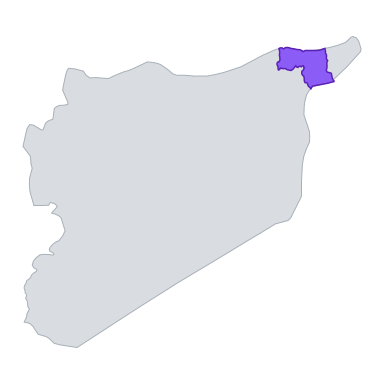 Quamishli, Hasaka (Al Haksa), Syria shown in context
{"feature_id": "27442178B53577550578456", "entity_name": "Quamishli", "entity_type": "district", "adm_level": 2, "iso_a3": "SYR", "parent_name": "Syria", "parent_adm1": "Hasaka (Al Haksa)", "projection": "mercator", "projection_center": [41.203, 36.804], "detail": "fine", "context": "in_parent", "style": "filled", "palette": "violet", "viewbox_px": 384, "rotation_deg": 0, "n_neighbors": 0, "source": "geoboundaries", "source_scale": "gbopen_adm2", "svg_char_len": 4273}
<svg xmlns="http://www.w3.org/2000/svg" viewBox="0 0 384 384"><path d="M29.6,124.6L33.4,125.1L41.6,130.0L43.0,129.9L45.5,123.3L47.9,121.1L52.9,119.1L54.3,108.5L56.7,106.5L59.6,105.4L63.9,105.2L67.7,104.5L68.0,102.6L62.7,90.3L63.1,87.2L65.7,74.7L67.3,69.9L68.9,68.3L74.9,68.9L83.4,71.1L85.6,74.7L89.7,77.9L96.0,77.6L103.1,78.2L108.7,78.5L113.2,76.2L123.3,72.0L128.3,70.6L132.8,68.8L147.4,61.9L153.3,62.5L157.3,63.4L160.3,64.4L167.2,69.1L172.9,73.9L176.9,75.3L184.0,75.2L194.4,76.1L207.1,76.0L214.5,74.7L224.0,72.4L240.9,66.8L263.2,55.0L276.2,49.3L281.9,48.7L289.2,48.6L296.6,50.1L304.9,51.2L308.7,51.1L317.7,49.9L329.4,47.5L336.8,45.6L345.6,42.4L351.2,37.1L352.9,36.5L355.2,37.5L356.3,37.8L358.6,40.9L361.0,48.6L361.0,49.5L360.5,51.7L354.7,58.1L346.9,66.8L341.2,72.2L331.7,81.4L324.6,83.4L312.7,86.7L309.5,89.9L306.5,95.0L304.7,102.1L304.2,106.5L303.9,114.7L306.7,123.2L309.4,131.4L309.7,136.8L309.5,142.1L306.9,147.7L304.0,155.5L302.4,164.2L301.5,180.6L301.5,194.5L301.3,196.7L296.4,206.5L290.7,217.9L288.0,220.5L275.4,223.9L261.7,232.3L246.3,241.5L232.4,250.0L217.8,258.8L202.6,267.9L191.7,274.4L177.2,283.1L164.0,291.5L150.6,299.9L140.5,306.3L125.0,316.3L115.9,322.2L102.6,330.9L90.9,338.5L77.0,347.5L59.7,344.8L54.2,343.3L49.7,339.0L46.4,336.7L38.2,334.3L32.9,326.3L29.7,323.4L24.2,322.1L26.6,316.9L27.0,313.5L29.4,309.3L27.9,306.6L27.2,300.8L26.1,299.3L25.7,297.8L26.6,295.9L26.2,294.0L25.3,293.2L24.9,290.3L24.1,288.1L24.5,285.5L25.7,283.8L26.9,280.5L28.4,279.5L30.7,277.4L31.3,275.3L33.4,273.2L36.3,271.5L36.9,270.1L36.5,269.3L33.7,267.7L32.2,265.0L33.5,261.0L34.4,259.8L36.1,257.8L39.8,254.9L42.8,254.4L45.3,254.4L49.6,254.6L53.0,255.2L53.8,254.4L53.7,253.4L49.6,251.0L49.3,249.1L50.4,247.0L53.3,243.8L56.8,241.4L58.6,241.0L62.5,236.2L65.1,230.8L61.0,217.7L58.5,215.6L54.4,213.8L52.0,213.5L51.8,212.7L55.0,209.3L57.3,206.4L54.8,203.7L50.3,202.4L48.6,205.2L42.9,205.5L33.9,205.5L30.0,191.6L29.4,185.5L29.5,178.5L32.2,168.3L30.9,163.5L30.8,160.3L30.1,155.9L23.0,146.4L26.9,128.9L29.6,124.6Z" fill="#d9dde1" stroke="#a8b0b8" stroke-width="1"/><path d="M310.9,88.8L312.0,86.8L312.1,86.7L312.4,86.2L314.6,85.7L319.5,84.8L327.4,83.3L327.5,83.3L328.7,83.0L330.4,82.5L330.5,82.5L333.6,81.7L333.8,81.7L334.1,81.3L334.1,81.2L332.9,79.6L332.2,77.7L331.8,76.0L331.5,74.2L331.4,73.4L331.0,73.1L329.3,72.6L328.3,72.4L327.2,72.0L326.6,71.5L326.4,69.9L326.8,68.2L327.0,66.9L326.9,63.9L326.9,62.1L327.7,60.6L326.5,59.0L326.3,57.3L326.6,56.3L326.5,55.0L325.5,53.0L325.4,50.7L324.9,48.4L324.1,48.7L323.6,48.8L323.4,48.9L321.5,49.7L320.7,49.9L320.5,50.0L319.9,50.1L319.5,50.2L319.2,50.2L317.6,50.4L317.0,50.5L312.7,50.5L312.3,50.5L311.2,50.5L310.3,50.5L310.0,50.5L309.1,50.5L306.0,50.5L305.2,50.5L304.9,50.7L304.5,50.8L304.1,51.1L303.5,51.5L303.3,51.5L302.8,51.5L302.5,51.5L302.2,51.3L302.1,51.1L302.0,50.7L301.9,50.7L300.8,50.1L300.0,49.7L299.8,49.7L299.6,49.7L299.4,49.7L298.1,49.6L297.5,49.6L297.4,49.5L297.2,49.5L296.9,49.5L295.7,49.2L294.8,49.0L294.4,48.9L293.0,48.7L291.5,48.5L291.3,48.4L289.9,48.1L289.7,48.0L289.5,47.9L289.0,47.7L288.8,47.6L288.5,47.6L288.3,47.6L288.0,47.5L287.3,47.5L285.5,47.6L284.7,48.0L284.0,48.7L283.9,48.7L283.7,48.8L283.1,48.7L282.8,48.6L282.6,48.4L282.5,48.2L282.4,48.0L282.2,47.9L281.9,47.9L281.1,47.9L280.4,47.9L280.1,47.9L280.0,48.0L279.3,48.4L278.9,48.6L279.3,49.9L279.4,50.1L279.5,50.7L279.7,52.2L279.5,54.3L279.4,55.3L279.6,56.3L279.9,58.5L279.9,60.3L279.5,60.9L279.1,61.7L278.3,61.7L277.4,62.5L277.2,63.1L277.0,63.7L277.1,64.8L277.8,66.4L278.1,67.7L278.1,69.1L278.3,69.9L278.4,70.0L279.1,69.8L279.6,69.3L280.1,68.9L280.3,68.1L281.1,68.1L282.5,68.7L283.7,68.6L285.3,68.6L286.8,69.5L287.5,69.8L291.1,70.5L293.0,69.2L295.2,66.5L295.8,65.8L296.2,66.5L297.1,67.3L298.1,67.4L298.4,67.0L298.8,66.6L299.3,66.3L299.6,66.3L300.1,66.3L300.4,66.4L301.1,66.8L301.6,66.7L301.9,66.4L302.1,66.2L302.4,65.9L302.7,65.9L303.1,65.7L303.3,65.8L303.5,66.0L303.7,66.7L303.8,67.2L303.8,67.4L304.3,67.6L303.9,68.5L303.7,69.1L303.4,70.0L302.5,70.7L302.1,71.0L301.7,71.9L301.8,73.9L302.3,74.9L302.5,75.2L302.7,75.4L303.4,75.9L303.6,76.2L304.0,76.7L304.0,77.1L304.2,78.7L304.3,80.8L304.8,82.3L305.1,82.6L306.0,82.8L306.6,82.8L307.1,83.0L307.4,83.4L307.6,84.4L307.9,85.3L308.5,86.2L310.5,88.2L310.9,88.8L310.9,88.8Z" fill="#8b5cf6" stroke="#5b21b6" stroke-width="1.5"/></svg>